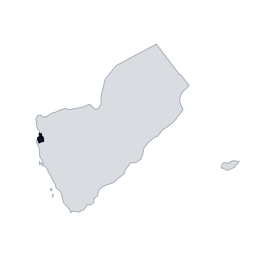 Harad, Hajjah, Yemen shown in context, rotated 342°
{"feature_id": "15242507B65973742405389", "entity_name": "Harad", "entity_type": "district", "adm_level": 2, "iso_a3": "YEM", "parent_name": "Yemen", "parent_adm1": "Hajjah", "projection": "equal_earth", "projection_center": [43.134, 16.476], "detail": "fine", "context": "in_parent", "style": "filled", "palette": "ink", "viewbox_px": 256, "rotation_deg": 342, "n_neighbors": 0, "source": "geoboundaries", "source_scale": "gbopen_adm2", "svg_char_len": 4035}
<svg xmlns="http://www.w3.org/2000/svg" viewBox="0 0 256 256"><g transform="rotate(342 128 128)"><path d="M199.2,106.6L191.3,110.4L189.2,112.1L187.4,114.2L186.0,116.8L185.1,121.3L185.9,125.5L185.8,127.7L183.8,129.2L181.9,130.3L179.8,131.9L178.5,132.3L177.4,133.6L176.2,134.5L171.8,136.9L166.9,138.7L159.2,140.9L156.3,143.3L153.6,144.9L149.4,145.4L143.8,147.6L140.6,149.4L136.7,152.4L135.9,153.3L135.2,155.5L134.0,157.4L131.7,160.4L129.9,162.0L128.7,162.1L126.4,162.9L123.7,163.1L119.1,162.0L118.0,162.8L117.0,164.0L113.5,166.1L109.9,170.3L107.3,171.4L103.1,172.8L100.1,174.5L98.1,175.2L95.5,175.6L90.8,175.4L86.3,176.0L82.1,177.2L80.2,179.5L77.9,183.0L74.3,184.5L73.4,185.8L72.3,188.4L69.9,189.1L67.8,189.6L65.6,188.4L61.5,191.6L59.9,192.1L57.5,192.2L55.8,192.9L54.6,192.7L53.1,191.5L49.9,190.0L47.6,190.9L47.4,187.9L43.5,178.8L44.3,170.8L44.3,169.7L43.5,166.1L41.2,162.8L41.3,158.7L40.5,155.8L39.9,152.7L40.1,151.9L40.1,151.2L39.0,146.6L38.6,145.6L38.4,144.6L38.8,143.9L38.8,143.0L38.2,141.6L37.5,138.9L34.4,136.7L35.0,134.8L35.6,135.5L36.5,136.0L36.6,134.8L36.6,133.8L35.3,127.8L37.3,119.7L36.6,112.5L39.6,109.6L40.4,108.7L40.8,107.9L41.5,106.3L42.4,105.7L42.8,104.0L42.7,103.1L42.1,102.4L41.7,100.4L41.8,97.8L42.0,96.8L42.3,94.8L43.3,94.1L43.6,93.5L42.8,92.3L42.8,91.5L44.6,89.5L45.3,88.8L46.4,88.2L47.3,88.2L48.3,88.6L49.2,89.1L50.1,90.2L51.1,91.4L52.5,91.8L53.5,91.7L54.3,92.3L55.0,92.0L55.7,91.4L57.0,91.4L58.1,90.7L61.2,90.4L64.2,90.6L67.4,90.0L70.5,90.0L73.7,90.1L74.4,90.2L75.1,90.5L77.8,92.4L79.8,92.7L83.9,93.2L88.3,93.8L92.1,94.2L95.3,93.8L97.9,93.5L98.6,93.5L99.5,94.6L101.1,97.5L102.6,100.1L105.3,100.3L107.0,99.3L108.8,97.9L109.9,96.8L111.2,92.4L112.1,89.6L114.0,86.5L115.6,83.9L117.7,80.4L118.9,78.4L121.3,74.6L123.5,73.2L127.8,70.3L132.1,67.5L134.8,65.7L137.2,64.8L141.2,64.1L145.8,63.3L150.5,62.4L155.4,61.5L161.0,60.5L164.8,59.8L169.6,58.9L173.6,58.2L177.2,57.6L180.8,56.9L181.6,59.0L182.3,61.1L183.1,63.2L183.8,65.3L184.5,67.5L185.3,69.6L186.0,71.7L186.7,73.8L187.5,75.9L188.2,78.0L188.9,80.1L189.7,82.2L190.4,84.4L191.1,86.5L191.9,88.6L192.6,90.7L193.3,92.8L194.5,93.5L195.2,95.4L196.2,98.2L197.2,101.0L198.2,103.8L199.2,106.6ZM211.4,192.3L212.4,192.5L213.9,191.8L218.1,191.7L223.3,194.1L222.4,194.7L221.8,195.6L219.5,196.4L217.3,198.2L210.8,199.1L208.8,198.6L207.2,196.8L204.3,194.5L205.4,193.0L205.7,192.3L206.1,191.7L207.7,190.6L209.4,190.8L211.4,192.3ZM36.4,163.7L36.2,164.1L35.9,164.0L34.9,162.9L36.0,161.6L36.6,162.8L36.4,163.7ZM33.3,135.2L32.8,135.7L32.7,134.9L33.0,133.0L33.5,132.5L33.9,133.9L33.6,134.6L33.3,135.2ZM35.9,169.4L34.9,170.1L35.6,168.4L36.3,168.0L36.5,168.1L35.9,169.4Z" fill="#d9dde1" stroke="#a8b0b8" stroke-width="1"/><path d="M43.3,106.6L43.2,106.6L42.9,106.5L42.7,106.4L42.4,106.2L42.2,106.0L42.0,106.3L42.0,106.5L42.1,106.9L42.1,107.0L42.1,107.3L42.1,107.5L41.9,107.8L41.9,108.0L41.8,108.7L41.7,109.2L41.4,109.2L41.2,109.2L40.9,109.1L40.7,109.2L40.5,109.3L40.3,109.3L40.2,109.3L39.8,109.3L39.7,109.3L39.4,109.5L39.2,109.7L39.0,109.8L38.9,110.0L38.9,110.4L38.9,110.6L38.8,110.8L38.9,111.0L39.0,111.1L38.9,111.4L38.8,111.7L39.0,111.7L39.1,111.8L39.3,111.8L39.4,111.7L39.5,111.7L39.7,111.8L39.8,111.8L39.8,112.0L39.7,112.0L39.7,112.3L39.5,112.5L39.4,112.5L39.2,112.6L38.9,112.7L39.1,113.4L39.0,113.5L39.0,113.8L39.0,114.0L39.1,114.3L39.1,114.5L39.3,114.5L39.5,114.5L39.6,114.4L39.8,114.4L40.0,114.3L40.3,114.3L40.5,114.3L40.5,114.2L40.8,114.0L41.1,114.0L41.3,114.0L41.5,114.0L41.8,114.0L42.0,114.0L42.3,114.2L42.5,114.3L42.8,114.4L43.1,114.4L43.3,114.3L43.4,114.2L43.5,114.2L43.5,113.9L43.6,113.4L43.8,113.3L43.8,113.2L43.9,112.9L43.9,112.7L44.0,112.7L44.1,112.4L44.1,112.2L44.1,111.9L44.1,111.7L44.1,111.4L44.1,111.2L44.1,110.9L44.2,110.7L44.2,110.4L44.0,110.2L43.9,110.1L43.7,110.0L43.6,109.9L43.4,109.9L43.2,109.8L42.9,109.7L42.8,109.4L43.0,109.3L43.0,109.2L43.2,108.9L43.3,108.8L43.4,108.5L43.4,108.4L43.3,108.2L43.2,107.9L43.2,107.7L43.2,107.4L43.3,107.4L43.4,107.2L43.5,107.3L43.6,107.2L43.3,106.9L43.3,106.7L43.3,106.6Z" fill="#0f172a" stroke="#020617" stroke-width="1.5"/></g></svg>